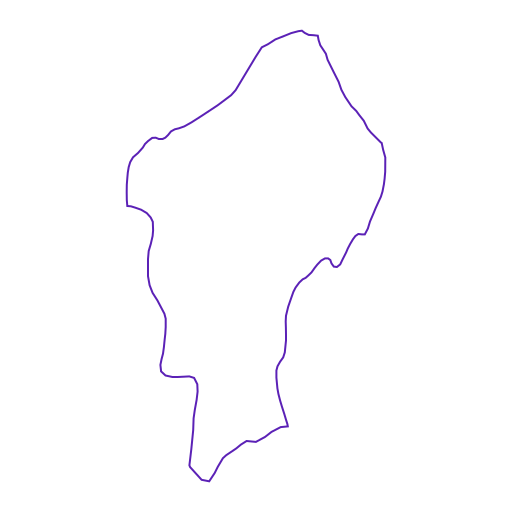 Boumi-Louetsi, Ngounié, Gabon
{"feature_id": "22940354B74910664495270", "entity_name": "Boumi-Louetsi", "entity_type": "district", "adm_level": 2, "iso_a3": "GAB", "parent_name": "Gabon", "parent_adm1": "Ngounié", "projection": "equal_earth", "projection_center": [11.888, -2.012], "detail": "fine", "context": "isolated", "style": "outline", "palette": "violet", "viewbox_px": 512, "rotation_deg": 0, "n_neighbors": 0, "source": "geoboundaries", "source_scale": "gbopen_adm2", "svg_char_len": 2178}
<svg xmlns="http://www.w3.org/2000/svg" viewBox="0 0 512 512"><path d="M317.8,35.7L313.5,35.2L308.7,34.9L305.1,33.1L304.7,32.9L301.9,30.7L298.3,31.2L291.2,33.1L284.8,35.7L275.4,39.4L267.8,44.3L261.8,47.3L255.7,56.8L235.6,90.2L231.1,95.2L217.5,105.4L201.9,115.7L191.6,122.3L184.3,126.4L178.9,128.3L174.8,129.3L171.0,131.4L168.0,135.1L165.3,137.7L162.5,139.0L158.8,139.0L155.7,137.7L152.2,137.9L148.1,141.0L145.0,144.0L142.8,147.6L138.0,153.0L133.0,157.3L130.2,162.1L128.7,167.1L127.8,172.6L127.3,178.2L126.8,184.7L126.7,192.1L126.8,200.0L127.3,206.0L130.9,206.3L135.1,207.6L141.1,209.7L146.8,213.1L150.7,217.5L152.8,221.8L153.1,230.5L152.6,236.1L150.8,243.9L148.7,251.0L148.0,259.1L148.0,267.5L148.0,276.2L149.6,285.2L152.6,292.9L157.4,300.4L164.4,313.7L165.7,318.7L165.7,327.1L165.3,333.9L164.6,340.1L163.9,347.2L163.0,353.7L161.6,359.0L160.4,364.9L161.1,371.4L165.5,375.5L172.4,377.0L177.7,377.0L183.7,376.7L189.3,376.4L194.1,377.9L197.3,384.2L197.6,391.6L196.6,400.0L194.8,409.9L193.6,418.3L193.2,430.1L191.3,449.3L189.4,465.3L190.1,467.1L201.6,479.8L209.2,481.3L214.7,473.0L217.8,466.8L222.9,458.2L226.2,455.2L236.3,448.4L240.9,444.6L246.6,441.0L255.9,441.9L265.1,436.9L271.5,431.9L280.7,427.1L287.8,426.4L287.4,424.1L286.0,419.7L284.3,414.0L281.8,406.2L280.1,400.5L278.4,393.9L277.4,388.3L276.4,377.6L276.4,370.5L277.5,366.3L280.1,361.7L283.2,357.4L284.8,352.4L285.3,347.4L286.0,340.5L286.0,334.7L285.9,328.0L285.7,321.4L286.0,315.7L288.2,306.7L291.2,298.0L293.4,291.8L295.6,287.5L299.3,282.5L302.7,279.3L305.6,277.9L308.3,275.5L311.5,272.4L314.6,268.0L317.3,264.6L321.1,260.6L325.0,258.4L328.1,258.4L330.3,260.0L331.5,263.4L333.8,266.6L336.9,267.0L340.2,264.4L342.5,259.6L346.1,252.5L347.8,248.5L350.2,243.9L353.0,239.2L355.4,236.0L358.3,234.0L362.0,234.4L364.8,234.4L367.9,228.5L370.0,221.5L373.4,213.6L375.7,208.0L378.8,201.2L380.9,196.7L382.5,191.5L383.9,184.3L384.6,178.8L385.2,171.8L385.3,157.5L383.1,149.6L381.7,143.0L380.8,142.4L370.9,132.5L367.6,128.5L363.8,120.8L359.2,115.0L356.3,111.0L351.5,106.3L345.3,97.1L341.4,89.8L338.6,81.8L333.5,71.7L327.6,59.8L325.9,53.8L322.9,49.2L320.3,45.3L318.6,40.1L317.8,35.7Z" fill="none" stroke="#5b21b6" stroke-width="2"/></svg>